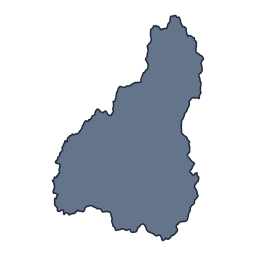 El Carmen, Chocó, Colombia
{"feature_id": "7082276B50429445082332", "entity_name": "El Carmen", "entity_type": "district", "adm_level": 2, "iso_a3": "COL", "parent_name": "Colombia", "parent_adm1": "Chocó", "projection": "equal_earth", "projection_center": [-76.201, 5.838], "detail": "fine", "context": "isolated", "style": "filled", "palette": "slate", "viewbox_px": 256, "rotation_deg": 0, "n_neighbors": 0, "source": "geoboundaries", "source_scale": "gbopen_adm2", "svg_char_len": 5822}
<svg xmlns="http://www.w3.org/2000/svg" viewBox="0 0 256 256"><path d="M197.2,175.2L196.9,172.9L196.3,172.9L194.7,173.8L193.7,175.2L193.1,175.2L192.0,174.1L191.4,173.0L190.1,172.4L189.7,171.8L189.9,170.6L191.0,170.0L191.6,168.7L192.2,168.2L192.5,166.6L194.0,164.6L194.4,163.4L194.1,162.9L192.0,161.4L190.7,160.0L189.3,157.9L188.2,157.1L187.6,155.8L187.4,154.6L187.6,154.1L188.5,153.1L189.2,152.7L189.6,151.8L189.6,149.0L189.8,147.0L189.3,146.1L189.2,144.6L188.7,143.6L188.8,143.2L189.5,142.3L189.6,141.8L187.6,139.6L186.8,137.3L183.9,135.4L183.3,134.6L182.5,134.3L181.4,132.3L181.6,130.4L181.3,127.8L181.5,121.5L181.9,120.0L182.7,119.2L184.0,116.4L184.5,113.9L186.8,110.9L187.6,108.4L188.8,106.3L189.3,104.7L189.2,101.5L189.5,100.6L190.3,100.2L191.3,98.6L192.9,97.6L195.6,98.1L197.2,97.6L197.8,97.8L198.6,98.6L199.2,98.4L199.5,95.3L200.3,93.8L201.0,92.9L200.4,90.7L200.4,88.0L201.1,82.9L200.9,82.0L200.1,81.1L199.8,78.1L199.0,76.4L198.9,75.1L199.2,74.0L200.3,73.4L201.5,72.1L202.1,70.8L202.2,70.1L202.0,69.2L201.9,66.7L201.2,63.8L201.2,62.4L201.7,61.2L203.4,59.3L203.5,58.7L202.4,56.7L201.2,55.6L199.7,54.9L198.2,53.3L197.2,53.2L196.1,52.2L195.9,51.3L195.9,49.1L196.3,46.8L196.4,42.5L196.3,41.9L195.7,41.1L194.5,40.3L194.4,38.2L193.9,37.7L193.2,37.7L190.4,35.6L189.0,35.5L188.0,36.3L187.6,36.2L187.4,35.0L186.7,34.0L186.6,32.5L186.2,31.3L186.1,28.3L185.4,27.8L184.5,26.8L182.7,26.5L182.3,26.1L180.8,22.5L180.0,19.0L178.9,17.1L177.9,17.4L176.9,17.3L176.4,16.7L176.2,16.0L174.9,15.4L172.5,16.3L171.1,16.1L170.3,17.2L170.0,21.0L169.6,22.0L167.9,24.1L167.6,25.9L166.6,28.6L164.6,28.4L163.2,28.9L162.4,28.8L161.4,29.8L160.9,29.9L158.6,26.6L158.0,26.3L156.9,26.7L156.2,25.8L155.6,25.6L154.7,26.2L154.1,26.2L153.6,25.9L153.2,27.0L152.8,27.6L152.2,28.4L151.5,28.7L150.6,30.2L150.5,35.2L151.4,39.6L150.4,42.3L149.7,43.2L149.2,43.4L147.3,46.1L147.2,46.7L147.7,47.6L147.8,49.2L148.1,50.1L148.1,51.4L147.4,53.2L147.0,56.8L146.6,57.1L145.5,59.4L145.5,59.6L146.0,60.0L147.9,63.9L148.2,65.4L147.8,67.8L147.2,69.4L145.6,70.5L144.5,72.6L143.5,72.7L143.2,73.1L142.8,74.6L142.2,75.7L141.8,77.2L141.0,78.8L141.0,81.7L139.0,82.5L135.1,82.5L134.8,82.8L134.0,83.0L133.4,83.7L132.4,83.7L131.7,84.5L131.0,84.7L130.0,85.9L129.3,86.0L127.3,85.9L124.2,87.4L123.3,87.4L120.7,86.5L119.7,86.6L118.5,87.9L118.0,89.4L118.0,90.7L117.2,91.4L116.6,92.6L116.1,95.9L116.0,97.6L115.6,98.4L114.8,101.2L114.6,101.4L113.2,101.4L113.1,101.6L113.3,102.1L113.5,103.9L113.5,106.8L112.8,108.4L112.9,109.6L113.3,110.6L113.4,111.4L111.9,113.8L111.4,115.4L109.6,115.3L107.8,114.6L106.7,112.2L105.8,111.1L105.2,111.0L104.5,111.6L104.0,111.7L103.1,112.6L102.3,112.5L100.3,111.7L99.6,110.3L98.0,109.1L97.1,109.2L95.6,111.2L95.1,112.6L95.0,114.1L94.7,114.7L94.1,115.3L93.0,115.5L92.2,116.1L91.7,117.6L90.6,118.8L90.5,119.4L90.1,119.8L88.8,119.7L88.1,121.3L87.2,121.4L86.4,120.8L85.7,120.8L85.4,120.9L85.0,121.7L84.2,122.4L83.4,124.9L82.4,125.9L82.0,128.1L79.7,131.4L78.9,132.1L78.5,133.1L77.4,133.8L75.6,133.9L74.8,134.4L73.9,134.7L73.2,134.7L72.5,134.1L72.1,134.1L72.0,134.7L71.6,135.2L70.8,135.7L69.9,135.7L69.3,136.8L68.4,137.2L67.8,137.9L67.4,138.7L67.5,139.5L67.0,140.3L67.3,141.4L66.4,141.8L65.4,140.9L64.8,141.1L64.5,143.0L63.5,144.4L63.6,145.6L62.6,146.5L62.2,147.2L62.1,148.7L62.7,149.8L62.6,150.4L61.4,151.3L60.7,152.5L60.0,152.9L59.9,153.9L59.6,154.4L59.7,155.2L59.6,155.8L57.9,157.4L57.7,158.0L57.7,158.9L57.2,159.5L57.0,160.4L56.4,160.6L56.1,161.0L55.8,161.1L55.6,161.5L55.7,162.1L55.5,162.5L56.0,163.1L57.1,163.3L57.8,163.7L59.0,163.8L59.6,164.1L60.1,165.0L60.1,165.8L59.5,166.8L59.9,167.6L59.2,168.5L59.1,170.7L59.5,171.0L59.7,172.5L59.3,173.2L58.7,173.3L58.2,174.0L58.2,174.7L57.4,175.7L56.9,175.9L56.5,177.3L55.9,177.5L54.8,177.0L54.4,177.3L54.0,178.9L53.1,180.4L52.5,180.8L52.7,181.3L53.4,181.3L53.6,181.6L53.6,182.6L54.2,184.6L54.6,187.3L54.3,187.3L54.5,187.4L53.4,190.4L53.1,192.2L53.5,193.1L53.9,193.3L55.3,193.1L56.9,194.1L57.6,194.6L57.7,195.1L57.7,195.4L56.9,195.8L56.5,196.6L56.2,198.6L55.7,198.4L54.7,198.6L54.6,203.9L54.7,204.5L55.6,206.1L57.3,207.6L57.4,210.5L58.0,211.3L59.9,211.4L61.0,210.3L62.9,209.9L63.3,210.3L63.5,211.0L63.6,213.9L64.0,214.4L64.3,214.4L65.3,213.1L67.3,212.7L67.8,213.0L68.8,214.7L69.2,215.0L70.4,214.0L71.9,214.0L72.9,213.3L74.5,213.5L75.3,212.8L76.1,211.4L77.2,211.1L77.7,210.2L78.0,210.2L79.6,211.3L80.8,211.1L81.8,211.6L83.5,211.6L84.2,210.9L85.0,208.2L86.3,206.6L87.9,206.4L89.4,205.6L92.3,205.9L94.1,207.1L95.1,207.3L97.3,208.8L100.4,208.7L101.2,209.6L101.9,211.3L102.3,211.7L103.7,212.0L105.2,211.5L106.2,211.7L107.4,211.6L109.9,212.2L110.8,213.3L111.3,216.1L111.9,217.9L112.2,218.1L112.4,218.6L111.8,220.0L111.7,220.8L112.0,222.3L112.8,224.4L112.9,225.8L113.1,226.2L114.2,226.8L115.2,228.5L115.6,230.1L116.2,230.4L117.4,229.9L119.1,229.9L121.6,229.0L123.0,228.9L123.7,229.0L126.0,230.3L126.9,230.3L128.3,229.5L129.8,229.5L130.2,229.8L130.9,231.7L131.4,232.1L133.0,232.3L135.8,231.9L136.6,231.2L137.2,229.8L137.7,228.3L138.3,227.3L139.6,226.6L140.1,225.6L141.4,224.3L142.0,224.0L143.4,224.1L144.5,224.8L146.0,227.8L146.6,230.0L148.7,232.0L150.9,232.6L154.3,234.4L155.5,235.7L157.0,235.8L159.0,235.0L160.1,235.3L161.2,236.8L161.7,239.1L162.9,240.6L165.0,239.4L165.8,238.1L167.3,239.1L168.3,239.2L170.4,237.7L171.4,235.7L173.1,235.4L174.6,234.0L175.5,233.6L176.2,232.1L176.9,231.8L177.5,230.1L177.3,229.0L176.3,227.5L176.2,226.5L176.8,224.4L178.2,224.1L178.6,223.3L179.8,222.1L180.8,221.8L181.9,221.8L182.7,221.4L184.2,221.5L185.5,221.3L185.9,221.1L187.1,220.0L187.7,218.2L188.6,214.0L189.4,211.8L190.3,210.4L190.2,207.7L191.6,205.7L193.3,204.4L194.2,203.3L194.4,202.6L194.7,200.1L196.1,198.6L198.0,196.2L198.0,195.3L197.5,194.6L196.5,190.2L195.3,188.5L194.4,186.7L194.8,185.2L195.8,183.9L196.8,182.1L198.0,181.5L198.6,179.2L198.8,177.3L197.7,176.2L197.2,175.2Z" fill="#64748b" stroke="#1e293b" stroke-width="1.5"/></svg>